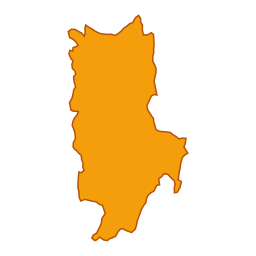 Boa Vista das Missões, Rio Grande do Sul, Brazil
{"feature_id": "56859067B43366987034812", "entity_name": "Boa Vista das Missões", "entity_type": "district", "adm_level": 2, "iso_a3": "BRA", "parent_name": "Brazil", "parent_adm1": "Rio Grande do Sul", "projection": "equal_earth", "projection_center": [-53.341, -27.704], "detail": "fine", "context": "isolated", "style": "filled", "palette": "amber", "viewbox_px": 256, "rotation_deg": 0, "n_neighbors": 0, "source": "geoboundaries", "source_scale": "gbopen_adm2", "svg_char_len": 2182}
<svg xmlns="http://www.w3.org/2000/svg" viewBox="0 0 256 256"><path d="M186.0,138.3L182.6,138.1L178.8,138.9L176.1,136.5L173.0,134.7L170.3,132.5L166.4,131.9L163.8,131.7L161.4,131.5L158.9,131.1L156.0,129.6L154.9,125.5L153.7,121.6L153.4,118.3L151.5,115.9L149.9,113.2L147.8,110.1L146.8,105.8L148.8,101.7L151.4,95.9L154.4,94.5L156.9,95.0L154.1,81.3L155.1,76.4L156.0,72.2L156.0,68.3L154.5,64.5L152.8,61.4L152.7,56.8L153.7,52.9L153.7,48.9L154.1,44.2L153.7,38.2L153.5,34.5L151.3,32.7L148.1,34.7L143.4,35.0L142.4,30.2L142.4,24.8L140.6,22.0L140.7,18.6L138.6,15.4L136.2,17.1L134.4,19.3L132.7,22.7L129.8,23.6L127.2,25.8L123.6,28.4L120.9,31.4L117.7,33.9L115.2,35.4L110.8,34.2L107.6,34.4L103.6,34.0L100.0,33.5L97.4,32.3L94.9,31.1L92.4,29.2L89.3,27.6L85.7,25.0L84.9,28.4L85.3,32.3L84.2,36.2L81.6,33.0L78.6,31.5L75.3,29.6L71.8,29.1L68.2,31.5L69.7,37.7L73.2,39.4L75.7,41.7L78.1,45.3L75.8,46.9L73.2,47.4L72.7,51.0L69.9,50.3L68.9,53.9L71.0,58.9L73.1,60.9L71.9,64.2L72.3,68.3L74.9,71.0L75.7,74.3L73.6,76.7L74.1,81.5L75.6,86.8L73.7,90.0L73.1,93.6L72.1,97.9L69.5,102.6L70.4,106.8L70.8,110.0L73.1,111.1L75.7,111.3L78.3,111.5L77.3,114.5L74.3,118.3L72.8,121.9L72.2,125.5L74.0,129.8L75.1,133.7L75.4,138.9L73.4,142.3L73.1,147.1L74.8,149.4L76.9,151.0L79.0,153.5L81.1,155.1L81.7,159.7L83.2,163.6L82.7,166.8L84.0,170.2L81.6,172.7L79.0,171.9L78.5,175.6L78.3,179.1L78.0,182.6L77.9,187.1L78.8,191.8L79.2,197.4L80.7,201.0L85.0,199.4L90.4,200.8L96.5,202.0L99.0,204.1L102.4,205.3L103.5,208.4L105.3,213.5L102.0,218.2L101.2,223.8L96.7,233.1L93.1,235.2L91.9,238.1L94.8,240.6L97.2,239.6L99.4,237.1L103.8,240.0L107.4,240.6L109.5,238.8L112.0,237.9L115.5,236.4L118.0,231.9L120.6,228.8L123.3,229.0L126.4,230.6L131.6,232.5L135.2,229.2L136.5,225.1L137.2,221.3L138.6,217.1L140.0,213.6L141.1,210.2L143.3,206.1L145.9,202.5L146.4,199.1L147.8,195.8L150.0,193.4L154.1,190.9L156.7,185.4L159.6,184.8L158.7,178.6L161.7,176.7L163.8,173.8L167.8,174.3L171.1,177.9L174.3,180.8L175.0,184.4L174.3,188.0L174.4,192.8L177.3,192.2L180.0,187.5L181.4,181.8L178.2,179.6L178.6,176.0L179.2,172.1L180.0,168.8L180.7,163.7L182.3,157.7L184.6,155.1L187.8,153.2L184.0,147.1L185.3,143.3L186.0,138.3Z" fill="#f59e0b" stroke="#b45309" stroke-width="1.5"/></svg>